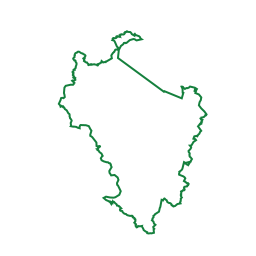 outline of Arandas, Jalisco, Mexico, rotated 113°
{"feature_id": "50627088B62957650950334", "entity_name": "Arandas", "entity_type": "district", "adm_level": 2, "iso_a3": "MEX", "parent_name": "Mexico", "parent_adm1": "Jalisco", "projection": "equal_earth", "projection_center": [-102.317, 20.749], "detail": "fine", "context": "isolated", "style": "outline", "palette": "green", "viewbox_px": 256, "rotation_deg": 113, "n_neighbors": 0, "source": "geoboundaries", "source_scale": "gbopen_adm2", "svg_char_len": 5744}
<svg xmlns="http://www.w3.org/2000/svg" viewBox="0 0 256 256"><g transform="rotate(113 128 128)"><path d="M216.1,81.3L215.8,80.9L215.3,81.2L215.1,80.6L214.7,80.5L214.8,80.3L214.2,80.0L213.8,78.5L212.8,77.0L213.0,77.0L214.7,74.7L215.8,73.7L216.4,71.2L216.4,69.6L217.3,69.2L217.0,67.7L216.2,66.5L215.8,65.2L214.3,63.2L211.5,64.7L210.6,64.4L210.2,65.4L209.2,66.1L206.4,64.9L205.9,66.5L205.5,67.0L204.2,68.0L203.6,69.9L202.6,69.7L201.7,70.1L200.2,69.6L199.0,70.3L197.9,69.6L196.9,69.5L192.9,66.8L189.1,67.5L188.1,67.4L181.0,69.0L181.0,67.5L180.0,67.5L178.7,67.0L178.7,66.5L179.2,65.6L179.4,64.2L180.8,62.8L181.0,60.8L180.7,60.2L180.8,59.1L181.3,58.1L181.7,58.1L182.1,57.6L182.0,56.4L182.3,56.2L182.5,55.6L181.4,54.2L178.7,52.8L176.9,50.2L176.1,51.1L174.9,50.9L174.5,51.2L173.6,51.2L172.6,51.8L170.9,51.3L170.5,52.2L169.5,53.0L168.8,52.8L168.3,53.5L166.8,53.5L165.8,54.4L165.3,54.2L164.8,53.4L163.8,53.1L163.6,52.2L162.9,51.8L162.3,51.9L161.4,53.1L160.1,53.1L158.6,50.8L157.9,50.9L157.2,50.3L155.8,50.3L155.3,51.4L155.9,52.0L155.4,53.5L155.0,54.1L155.2,54.8L155.0,55.8L151.9,55.6L151.2,56.8L150.9,58.2L151.0,62.7L150.3,63.1L148.9,63.2L148.3,63.7L145.9,62.3L144.3,62.0L137.5,63.1L137.6,62.2L138.4,61.8L138.2,60.8L138.6,59.7L138.5,58.9L138.7,58.1L136.2,57.7L136.3,59.6L134.4,57.1L133.6,57.3L131.6,57.0L130.6,58.8L130.3,59.8L129.9,60.3L128.8,60.7L128.7,61.0L127.2,61.3L126.4,62.7L125.5,63.3L122.8,62.3L121.3,62.2L120.9,62.4L120.0,64.1L119.5,63.1L118.7,62.7L115.3,62.3L112.6,60.6L112.0,61.6L112.3,63.6L109.8,63.7L109.4,63.2L109.4,62.9L108.5,62.0L108.6,61.0L106.5,60.7L105.5,60.1L103.4,60.1L102.0,59.5L99.5,63.6L99.0,63.8L99.0,64.1L97.8,63.9L95.7,62.4L95.6,63.2L93.7,62.4L93.6,62.9L91.5,62.7L91.7,63.8L90.9,64.9L90.3,64.3L89.7,64.5L89.2,63.6L88.1,62.4L86.4,61.7L86.1,61.8L85.8,61.1L84.8,61.0L82.9,64.2L81.3,68.3L79.4,71.6L76.2,72.2L73.9,71.9L71.2,72.5L69.4,75.9L69.5,79.7L67.8,79.8L67.9,81.2L65.9,81.5L65.9,79.9L65.2,79.8L64.8,82.2L65.6,87.1L66.8,87.6L68.0,88.7L68.4,89.8L69.8,90.9L69.3,92.6L69.1,92.9L69.2,93.3L68.7,93.6L68.8,94.6L69.0,94.9L70.6,93.1L74.1,91.5L74.0,90.8L79.7,90.1L79.9,108.9L80.6,109.1L67.5,164.6L59.8,166.9L55.3,166.6L52.7,165.1L51.4,165.0L50.7,164.0L50.8,163.3L50.2,162.6L46.4,160.7L44.0,157.8L43.7,156.5L44.0,155.1L44.0,154.3L41.0,150.1L40.7,151.4L39.6,152.6L39.2,153.7L39.4,157.4L38.7,158.5L39.1,158.7L40.5,158.2L40.1,161.2L39.5,161.8L38.8,163.3L39.6,165.8L39.4,166.7L40.0,166.9L40.7,168.1L41.3,168.3L41.4,168.0L41.9,168.4L42.3,168.0L43.2,168.2L43.9,169.0L44.2,170.5L44.9,171.4L45.3,171.2L45.8,171.9L46.7,171.2L46.6,171.8L47.2,172.2L47.5,172.0L47.7,173.1L48.2,173.4L47.8,174.0L48.4,174.5L49.3,173.9L49.6,174.0L50.4,174.9L50.9,176.7L51.9,177.0L52.4,176.5L53.2,176.7L53.0,175.0L53.6,174.0L57.4,170.0L57.6,169.2L58.1,168.8L58.1,168.1L58.8,167.8L58.8,167.4L59.9,167.6L60.4,169.7L61.0,170.3L63.3,170.4L63.5,170.7L64.4,170.9L64.8,171.2L67.7,171.7L70.2,170.1L75.1,173.8L75.4,174.3L76.1,174.3L76.5,175.4L77.3,176.4L76.7,178.4L78.2,178.1L78.5,178.7L79.7,179.2L80.8,180.5L81.3,180.1L81.9,180.2L81.9,180.8L82.3,180.9L82.0,181.7L82.5,183.2L82.5,184.0L83.7,185.8L83.5,186.4L83.9,187.2L84.4,187.1L84.6,188.0L85.5,188.8L85.5,189.1L84.5,189.7L84.3,190.6L83.7,191.4L84.0,192.4L83.6,194.5L83.1,194.4L82.9,194.9L82.1,195.0L81.5,196.3L81.1,196.2L80.5,195.2L79.7,195.6L78.9,195.3L77.9,195.5L77.7,196.0L77.4,196.7L77.5,197.9L77.1,198.8L77.4,200.2L76.9,202.7L77.1,203.5L77.6,204.2L78.2,204.2L79.6,205.6L81.1,205.8L81.9,205.3L82.4,205.5L83.6,204.9L84.8,205.5L85.7,205.5L86.8,203.7L86.4,203.1L86.5,202.7L87.9,201.7L88.4,200.7L89.7,200.2L92.5,200.0L93.0,199.6L94.6,200.1L95.1,199.9L95.1,200.5L95.7,200.9L96.7,200.5L97.8,200.5L98.0,200.9L98.5,200.7L98.7,199.6L99.7,199.7L99.9,199.4L100.4,199.5L100.7,198.9L101.2,199.1L102.0,197.5L102.6,197.8L102.6,196.7L103.1,197.0L103.2,196.0L103.6,196.0L104.2,195.3L105.1,195.9L106.0,197.7L106.3,197.9L107.4,195.1L107.8,195.4L108.7,195.1L109.7,195.5L110.5,197.6L113.5,201.8L115.6,202.3L120.9,200.6L122.2,199.5L124.2,198.3L125.7,199.0L125.7,199.5L126.0,200.5L126.7,201.3L128.5,201.0L132.8,201.1L133.5,199.6L134.0,199.1L133.8,198.7L134.6,198.3L134.1,197.9L134.0,197.1L133.6,197.1L133.4,196.3L133.8,196.1L133.9,195.4L134.3,195.4L134.4,194.3L135.2,193.6L135.7,191.3L137.8,188.6L138.0,187.5L138.8,186.8L140.2,186.3L141.0,185.5L141.6,185.2L142.4,183.6L143.3,182.7L145.8,182.7L148.1,181.3L148.7,181.4L148.2,178.9L147.9,178.6L147.2,176.0L147.4,174.5L147.1,172.4L146.0,173.0L144.5,173.1L143.8,172.8L141.9,167.8L141.6,164.8L143.6,162.4L144.8,160.6L149.1,160.1L150.0,159.6L150.1,158.3L150.4,157.3L153.7,151.4L156.9,149.9L156.8,148.7L155.7,147.1L155.8,146.6L156.0,146.5L156.7,146.9L156.6,147.7L157.5,147.5L158.2,147.8L158.4,147.5L159.1,147.7L159.5,148.2L159.8,147.2L160.2,147.3L160.4,146.1L161.3,144.9L161.9,142.4L163.0,141.2L163.4,141.0L163.4,140.6L163.7,140.5L163.8,140.7L166.5,141.2L168.0,139.7L168.2,137.3L167.8,133.9L167.4,133.2L167.4,132.7L167.8,131.9L167.5,130.8L168.2,129.6L168.7,129.6L170.4,127.8L174.9,128.4L176.6,127.4L177.0,126.6L178.2,125.0L176.5,122.0L177.6,118.2L179.5,116.5L183.0,116.6L184.3,115.9L184.7,115.5L184.8,114.8L189.0,110.0L192.9,109.9L196.7,112.6L197.8,114.1L199.0,117.5L199.8,121.4L201.9,123.1L202.9,120.0L202.9,117.5L203.4,115.2L204.4,113.8L203.3,113.9L203.4,112.9L202.9,113.0L202.6,113.5L202.6,113.0L201.5,113.2L201.9,112.5L201.5,111.9L202.2,110.5L202.8,108.5L203.7,107.9L203.4,106.6L203.7,105.6L203.5,105.4L204.6,102.9L205.3,103.6L206.3,103.5L207.0,103.0L207.1,102.3L206.7,101.5L206.7,100.8L207.6,100.0L208.3,97.9L208.0,96.1L208.4,95.3L208.5,94.3L208.1,91.7L207.2,90.1L207.2,89.6L207.8,88.6L208.1,89.0L208.4,88.7L208.3,87.0L208.7,86.4L209.2,86.5L209.5,86.1L209.4,85.4L210.8,84.8L212.7,85.2L213.2,83.5L213.8,83.4L213.9,82.9L215.1,82.8L216.1,81.3Z" fill="none" stroke="#15803d" stroke-width="2"/></g></svg>